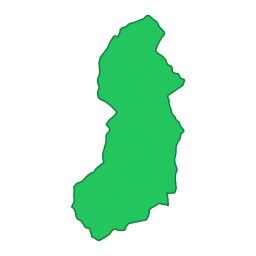 SVG path tracing the border of Singida
{"feature_id": "TZA-3390", "entity_name": "Singida", "entity_type": "Region", "adm_level": 1, "iso_a3": "TZA", "parent_name": "United Republic of Tanzania", "parent_adm1": "", "projection": "albers", "projection_center": [34.489, -5.65], "detail": "fine", "context": "isolated", "style": "filled", "palette": "green", "viewbox_px": 256, "rotation_deg": 0, "n_neighbors": 0, "source": "natural_earth", "source_scale": "10m", "svg_char_len": 2118}
<svg xmlns="http://www.w3.org/2000/svg" viewBox="0 0 256 256"><path d="M184.1,79.5L184.3,81.7L183.3,83.7L182.8,85.3L168.0,95.4L167.7,97.5L168.9,99.5L169.1,101.8L169.0,104.0L169.8,106.5L170.9,108.9L171.8,113.0L173.2,115.1L174.9,116.8L175.6,118.8L176.7,120.5L177.6,121.1L178.3,121.9L178.7,122.3L179.3,122.4L179.5,123.4L179.7,124.6L181.2,127.1L183.2,129.3L183.9,131.1L182.6,132.6L180.7,134.2L180.4,136.7L179.8,139.0L178.3,141.3L176.1,146.4L175.9,153.5L174.6,158.9L175.1,164.2L176.3,166.4L176.9,168.8L176.8,171.0L175.8,172.9L175.2,178.4L176.2,188.8L174.6,192.9L166.9,193.2L167.9,198.9L168.2,205.4L165.8,204.6L163.2,204.4L160.7,203.7L158.4,203.5L157.5,204.4L156.4,205.1L155.2,205.6L154.2,206.4L151.6,207.8L149.4,209.6L148.7,215.5L146.4,219.8L128.6,223.5L125.6,227.2L125.7,229.1L124.5,230.1L121.6,230.5L118.8,230.4L116.1,229.4L113.3,229.3L111.3,231.6L109.4,234.3L104.4,237.7L99.1,240.6L96.4,239.4L93.9,237.6L92.7,237.3L91.7,236.7L91.4,234.2L90.4,231.7L90.2,230.0L89.4,228.6L85.9,227.6L84.7,226.4L83.8,225.0L82.4,222.3L80.2,220.2L77.7,219.3L76.2,216.8L75.7,213.5L74.9,210.4L73.5,208.4L71.7,206.8L74.3,201.4L73.9,195.0L74.3,188.5L73.7,187.2L76.5,183.7L77.5,183.2L81.9,181.5L88.0,175.2L90.4,173.5L91.7,172.9L93.2,172.7L93.9,172.2L96.0,168.8L99.5,165.8L103.7,162.6L103.5,160.7L102.8,158.6L102.9,153.5L106.1,141.7L106.2,136.3L106.3,135.1L106.7,134.0L108.3,132.8L109.5,130.2L109.3,127.5L107.5,126.1L106.2,124.5L108.9,120.4L112.8,117.1L115.1,114.8L116.8,112.1L115.4,110.5L110.1,105.0L108.0,103.7L106.0,102.1L103.3,100.5L100.2,99.3L98.4,97.5L97.8,95.0L97.5,92.4L99.2,87.6L98.7,85.2L97.6,82.3L97.6,79.3L99.8,73.4L99.6,68.2L99.0,63.0L100.3,57.4L107.5,48.1L110.1,42.4L113.2,37.1L114.6,35.9L116.6,36.5L118.5,36.3L118.9,34.4L119.5,33.4L120.0,32.3L120.2,29.7L122.5,27.7L126.2,26.7L127.8,25.0L129.6,23.7L131.8,23.0L134.0,22.6L144.3,18.4L145.1,17.1L146.7,15.8L148.9,15.4L152.7,18.9L156.9,21.9L159.1,26.5L164.3,32.2L164.5,34.0L161.0,38.6L157.8,44.5L155.5,50.7L158.2,53.7L162.4,56.2L165.4,59.6L167.6,64.6L171.7,66.6L172.2,69.0L172.2,71.5L174.6,73.2L178.2,73.8L180.5,78.1L184.1,79.5Z" fill="#22c55e" stroke="#15803d" stroke-width="1.5"/></svg>